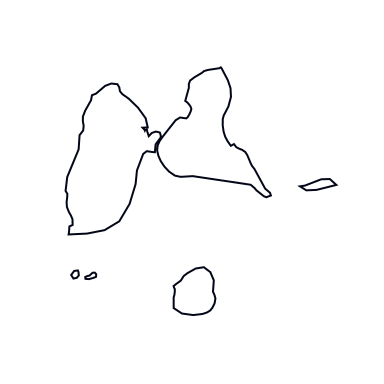 outline of Guadeloupe, rotated 23°
{"feature_id": "FRA-4603", "entity_name": "Guadeloupe", "entity_type": "Overseas department", "adm_level": 1, "iso_a3": "FRA", "parent_name": "France", "parent_adm1": "", "projection": "natural_earth1", "projection_center": [-61.48, 16.18], "detail": "fine", "context": "isolated", "style": "outline", "palette": "ink", "viewbox_px": 384, "rotation_deg": 23, "n_neighbors": 0, "source": "natural_earth", "source_scale": "10m", "svg_char_len": 2202}
<svg xmlns="http://www.w3.org/2000/svg" viewBox="0 0 384 384"><g transform="rotate(23 192 192)"><path d="M141.1,152.1L141.9,154.0L139.9,162.4L142.3,169.9L140.2,170.6L134.4,172.1L132.2,176.0L132.9,193.6L137.0,206.8L139.2,227.4L136.5,247.4L126.4,261.3L111.6,271.3L95.0,279.3L94.5,277.1L92.6,271.6L95.0,269.0L92.7,263.9L89.9,261.1L86.6,258.6L82.8,254.8L80.5,250.3L79.3,246.0L78.0,242.4L75.2,240.4L71.3,227.0L71.0,197.1L66.3,183.6L67.8,177.9L66.4,173.4L63.8,169.3L62.1,165.2L61.9,158.8L63.2,147.0L62.1,142.0L65.2,139.0L70.6,128.2L75.3,123.7L81.2,121.9L84.2,124.1L86.3,127.4L89.5,129.1L97.6,130.9L109.4,135.5L120.5,142.2L126.0,149.8L121.4,152.1L124.1,153.3L124.6,153.8L124.6,153.4L126.0,152.1L127.0,153.6L130.4,157.5L131.9,153.4L135.1,150.5L139.1,149.8L141.1,152.1ZM143.5,152.2L148.9,132.3L151.9,128.1L157.9,126.5L158.7,125.2L159.2,122.0L159.3,118.5L159.0,115.9L157.6,114.2L155.4,112.7L152.7,111.4L150.2,110.8L148.4,97.3L146.9,93.9L146.7,90.2L149.5,85.3L154.6,78.4L155.9,75.9L159.0,73.4L168.9,67.3L169.8,66.0L170.8,66.5L181.3,75.1L186.9,81.4L190.7,89.2L192.1,99.2L191.3,109.1L191.8,112.8L194.3,118.8L197.5,124.1L201.0,128.2L205.0,131.4L209.7,134.3L211.9,131.5L215.2,133.4L218.3,133.7L221.6,133.6L225.3,134.3L228.4,136.4L235.3,143.1L237.2,144.6L240.6,146.5L258.0,160.3L264.2,162.3L266.0,164.4L262.4,167.8L259.7,167.8L250.7,165.3L248.2,164.0L243.2,162.4L186.5,177.1L175.6,182.5L169.9,183.6L163.0,182.2L156.7,179.4L151.2,175.8L146.9,171.8L143.6,167.2L142.2,162.5L142.3,157.6L143.5,152.2ZM256.3,285.8L256.0,290.5L255.1,293.9L253.0,296.9L249.3,300.2L241.2,304.8L230.2,307.8L220.5,306.0L216.3,296.2L216.0,293.7L215.2,290.7L214.1,288.1L212.9,287.1L211.8,285.8L213.2,283.1L216.3,278.0L217.2,272.6L219.5,268.5L225.3,261.0L232.3,256.6L240.2,258.6L246.6,264.8L250.3,275.6L252.8,277.9L255.2,280.9L256.3,285.8ZM322.1,129.1L305.8,141.4L296.6,145.8L289.2,144.6L293.4,142.0L306.0,129.8L313.8,126.2L322.1,129.1ZM117.6,308.8L118.8,310.1L120.4,313.0L119.5,316.0L116.7,318.0L113.2,315.6L114.4,310.7L117.6,308.8ZM136.3,306.1L136.5,306.7L136.8,307.6L135.0,309.4L131.3,312.4L127.9,313.6L126.9,312.0L128.6,310.2L130.3,309.0L132.0,305.2L134.0,304.2L135.9,305.1L136.3,306.1Z" fill="none" stroke="#020617" stroke-width="2"/></g></svg>